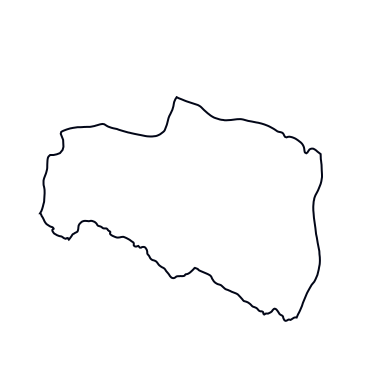 the district of As Sawm, Hadramawt, Yemen, rotated 111°
{"feature_id": "15242507B25439284744831", "entity_name": "As Sawm", "entity_type": "district", "adm_level": 2, "iso_a3": "YEM", "parent_name": "Yemen", "parent_adm1": "Hadramawt", "projection": "equal_earth", "projection_center": [49.843, 16.023], "detail": "fine", "context": "isolated", "style": "outline", "palette": "ink", "viewbox_px": 384, "rotation_deg": 111, "n_neighbors": 0, "source": "geoboundaries", "source_scale": "gbopen_adm2", "svg_char_len": 6048}
<svg xmlns="http://www.w3.org/2000/svg" viewBox="0 0 384 384"><g transform="rotate(111 192 192)"><path d="M208.3,337.7L210.2,338.6L211.4,338.8L212.8,338.6L214.1,338.3L218.1,337.0L220.8,336.0L222.1,335.6L223.2,335.4L225.7,335.1L227.0,335.0L231.9,335.0L233.1,334.9L234.5,334.7L235.6,334.3L237.9,333.4L238.9,332.9L240.0,332.1L241.1,331.4L242.5,330.6L243.6,330.1L246.1,329.1L247.4,328.7L250.9,327.6L252.2,327.2L253.3,326.8L254.6,326.5L255.9,326.4L259.1,326.0L261.5,325.8L263.9,325.8L266.3,326.2L266.2,325.9L266.8,325.1L267.5,324.4L268.3,323.7L268.9,322.8L269.6,321.9L270.9,320.5L272.3,319.1L272.9,318.3L273.5,317.4L274.0,316.5L274.3,315.5L274.8,313.1L275.0,311.9L274.9,309.6L275.3,308.6L275.9,308.0L276.7,308.5L277.5,308.8L278.3,308.4L279.0,307.6L280.1,306.0L280.3,304.9L280.5,303.6L280.7,302.5L280.7,301.3L280.7,300.1L280.5,299.1L280.3,297.9L280.5,296.6L280.9,295.5L281.0,294.4L280.9,293.1L280.1,292.5L279.5,291.5L280.1,290.8L280.6,289.9L279.8,289.6L277.3,288.9L275.6,288.5L274.7,288.4L273.8,287.9L273.1,287.2L272.3,286.7L270.9,285.4L270.1,284.8L269.2,284.7L268.4,284.8L267.4,284.9L265.7,285.4L264.0,285.8L263.1,285.7L262.3,285.6L260.6,284.9L259.8,284.5L259.0,284.0L258.3,283.2L257.7,282.4L257.2,281.3L256.6,279.3L256.4,278.3L255.9,277.2L255.3,276.4L254.9,275.4L254.8,274.4L254.8,273.2L254.8,272.2L255.5,270.2L256.1,269.3L256.8,268.5L257.2,267.5L257.0,265.1L257.1,263.9L257.5,262.9L257.7,261.8L257.4,260.7L257.0,259.7L256.7,258.7L257.0,257.7L257.7,256.8L258.1,255.7L258.2,254.7L258.7,253.9L259.6,253.8L260.4,253.5L260.9,252.7L261.2,251.6L261.4,250.5L261.5,248.1L261.5,246.9L261.4,245.8L261.1,244.8L260.1,242.9L259.5,242.1L259.0,241.2L258.5,240.2L258.4,239.0L258.5,236.7L258.8,234.3L259.0,233.0L259.7,230.6L259.9,229.5L260.2,228.5L260.9,227.9L261.7,227.6L262.6,227.3L263.2,226.3L263.2,225.3L262.8,224.3L262.2,223.6L261.6,222.8L262.6,220.7L262.2,219.6L261.4,219.0L260.9,218.2L260.5,217.2L260.5,216.1L260.9,215.2L261.5,214.4L262.1,213.6L262.9,213.0L263.6,212.5L265.4,211.7L266.1,211.0L266.6,209.9L267.1,209.1L267.8,208.3L268.4,207.7L269.1,206.7L269.5,205.6L269.7,204.5L269.5,203.1L269.5,202.0L269.6,200.9L270.0,199.9L270.5,199.0L271.7,197.2L272.2,196.2L272.8,194.0L273.0,192.9L273.1,191.6L273.3,190.6L273.8,189.5L274.4,188.7L275.0,187.9L276.7,184.8L277.2,184.0L277.8,183.2L278.4,182.4L278.9,181.4L279.3,180.4L279.3,179.3L279.0,178.3L278.4,177.5L277.6,176.9L276.8,176.5L276.1,175.8L275.6,174.8L275.2,173.7L274.7,172.8L273.9,170.6L273.4,169.7L272.8,169.0L271.9,168.8L271.1,168.4L270.6,167.5L270.0,166.7L269.3,166.0L267.7,164.9L265.1,163.6L263.3,162.8L262.5,162.6L261.8,162.1L261.8,159.1L262.3,158.2L262.6,157.2L262.7,156.0L262.9,150.1L263.0,147.8L263.3,145.5L263.7,144.4L264.3,143.5L265.0,142.8L265.7,142.2L266.3,141.3L267.6,139.6L268.0,138.6L268.4,137.6L268.6,136.4L268.8,135.2L268.6,132.9L268.6,131.7L268.9,130.7L269.3,129.7L270.5,126.6L270.7,125.4L270.6,123.2L270.7,121.9L270.7,120.7L270.9,119.5L270.9,118.2L270.9,114.8L271.0,113.6L271.2,112.5L272.7,109.3L274.2,106.4L274.8,105.5L275.2,104.5L275.0,102.2L275.0,101.1L275.1,99.9L275.7,97.7L276.1,96.7L277.0,94.9L277.2,93.8L277.1,92.6L277.2,90.3L277.6,89.2L278.7,87.2L278.9,86.1L278.8,85.0L278.4,84.1L278.5,82.9L279.2,82.1L280.0,81.8L280.5,80.7L279.8,80.1L279.0,79.5L278.6,78.5L278.3,77.5L277.6,76.8L276.2,75.5L275.4,75.0L274.7,74.6L273.8,74.5L272.1,73.8L271.4,73.2L271.2,72.1L271.5,71.0L272.5,69.3L273.8,67.5L274.5,66.6L274.9,65.4L275.0,64.2L275.2,63.1L275.9,62.2L276.7,61.8L278.1,60.4L278.7,59.5L278.7,58.3L278.1,57.5L277.4,56.9L276.6,56.3L276.2,55.3L276.1,54.2L275.4,53.6L273.0,51.9L272.4,51.2L271.9,50.3L271.7,49.3L269.0,49.2L267.7,49.1L266.4,48.9L265.2,48.8L264.1,48.7L259.0,48.5L257.4,48.6L255.9,48.7L245.3,48.4L242.8,48.1L241.5,47.9L240.0,47.7L237.5,47.3L235.7,47.0L231.9,45.7L229.3,45.4L224.5,45.2L219.0,45.9L216.5,46.4L214.1,46.8L212.6,47.2L210.2,48.0L207.1,49.3L204.2,50.8L202.8,51.4L201.5,52.0L194.5,56.4L189.7,59.2L186.8,61.1L184.1,62.5L181.4,63.9L172.4,68.9L168.0,71.0L165.6,72.2L164.3,72.7L163.1,73.2L161.7,73.7L159.3,74.4L158.0,74.8L156.8,75.1L155.6,75.2L154.4,75.5L153.3,75.6L150.9,75.6L148.6,75.3L146.2,75.0L144.9,74.9L139.7,74.8L138.2,74.8L135.6,75.1L131.4,76.0L128.9,77.0L124.9,78.8L120.2,80.8L118.7,81.6L116.4,82.8L115.2,83.5L110.5,85.5L109.3,89.5L108.7,91.0L108.3,92.6L108.1,94.2L108.5,95.6L109.3,96.8L110.3,97.6L112.7,98.2L113.8,98.4L114.9,99.2L114.6,100.8L113.5,101.6L111.3,102.8L110.2,103.5L109.2,104.4L108.4,105.3L107.5,106.6L106.8,108.1L105.8,111.4L105.4,113.1L105.1,114.6L105.0,116.3L105.0,118.0L105.2,119.6L105.5,121.0L106.2,122.3L107.1,123.3L107.2,124.8L106.4,126.0L105.5,126.9L104.7,127.9L104.3,129.3L104.4,130.8L104.7,132.4L104.8,133.9L104.0,137.2L103.7,138.8L103.3,141.7L103.1,143.4L103.0,145.1L103.0,148.6L103.2,151.7L103.4,153.2L103.6,154.9L104.0,156.8L104.8,161.6L105.5,165.1L106.0,170.2L106.3,171.8L106.7,173.2L108.0,176.2L108.7,177.5L110.8,181.4L112.8,185.8L113.3,187.2L113.6,188.8L114.0,190.2L114.3,191.9L114.4,193.6L114.6,196.7L114.6,198.2L114.3,200.3L113.9,202.2L113.3,204.1L112.9,205.5L111.1,210.3L109.7,213.4L109.2,214.7L108.9,216.2L108.7,217.7L109.3,229.5L109.3,231.5L109.2,235.1L109.2,236.6L109.2,238.4L109.0,240.3L111.5,240.8L114.2,240.9L115.6,240.7L118.6,240.1L119.8,240.0L122.3,239.8L123.6,239.9L126.4,240.1L127.5,240.2L129.1,240.4L130.2,240.4L131.4,240.4L137.2,239.7L138.6,239.6L143.9,239.6L145.0,239.8L146.1,240.3L148.5,241.8L149.6,242.5L150.8,243.6L151.9,244.7L152.8,245.9L153.5,247.3L154.2,248.6L154.9,250.2L155.5,252.0L156.1,253.9L156.5,255.8L157.3,260.7L157.6,262.2L158.3,266.3L158.8,269.6L159.0,271.3L159.3,273.0L159.8,278.5L160.1,282.6L160.1,284.7L160.7,288.3L160.9,290.2L161.0,293.5L160.8,295.2L160.2,298.1L160.5,299.8L161.2,301.1L161.9,302.2L163.6,304.4L164.4,305.5L165.3,306.6L167.0,309.3L167.7,310.5L168.4,312.2L169.1,314.0L169.6,315.2L170.2,316.6L170.8,317.8L171.5,319.4L172.6,322.2L174.8,326.1L175.5,327.2L176.3,328.5L178.0,330.7L178.9,331.8L180.8,333.9L181.3,334.4L181.7,334.8L182.8,335.6L184.7,335.4L189.5,331.0L195.9,328.2L199.1,327.9L203.0,329.2L205.3,331.8L207.0,334.4L208.3,337.7Z" fill="none" stroke="#020617" stroke-width="2"/></g></svg>